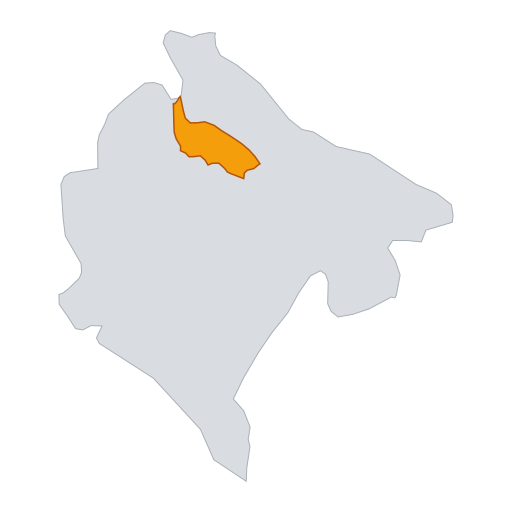 Žabljak on a map of Montenegro (Equal Earth projection)
{"feature_id": "MNE-1520", "entity_name": "Žabljak", "entity_type": "Municipality", "adm_level": 1, "iso_a3": "MNE", "parent_name": "Montenegro", "parent_adm1": "", "projection": "equal_earth", "projection_center": [19.145, 43.143], "detail": "fine", "context": "in_parent", "style": "filled", "palette": "amber", "viewbox_px": 512, "rotation_deg": 0, "n_neighbors": 0, "source": "natural_earth", "source_scale": "10m", "svg_char_len": 1755}
<svg xmlns="http://www.w3.org/2000/svg" viewBox="0 0 512 512"><path d="M215.4,33.1L214.8,36.4L215.8,46.0L220.4,55.4L236.7,65.0L260.6,84.1L288.8,119.0L301.8,129.4L313.4,132.0L336.1,146.5L351.9,150.1L369.7,154.1L415.9,184.4L436.6,193.3L451.4,204.8L453.1,215.5L452.4,222.2L425.9,230.1L421.3,241.9L408.4,240.6L392.7,240.5L387.7,248.0L395.2,260.5L400.1,275.1L396.3,295.2L395.0,297.8L391.2,297.1L369.3,308.8L352.9,314.3L338.1,317.0L331.1,311.4L327.7,303.8L328.2,281.7L325.5,274.3L320.5,270.7L310.4,275.9L298.7,292.9L287.8,312.7L271.4,333.4L257.9,353.3L243.3,378.3L233.3,399.0L243.7,410.8L250.1,427.1L248.2,439.3L250.0,446.4L246.8,467.8L246.2,481.3L213.8,459.7L200.5,429.4L153.4,378.2L99.4,343.5L96.5,338.0L99.5,331.3L102.1,326.0L90.9,325.6L83.0,329.9L75.6,328.7L67.2,315.7L59.2,304.4L58.9,294.5L62.6,293.2L68.0,289.2L79.3,278.2L81.6,272.4L81.1,263.6L65.3,235.9L63.1,217.9L60.9,184.5L64.3,176.5L70.1,172.7L97.9,168.5L97.6,142.5L99.3,134.7L104.9,123.9L108.5,114.1L123.9,99.9L144.9,83.1L154.0,82.6L162.0,85.0L171.1,99.4L180.9,97.6L183.0,80.2L170.1,57.4L163.2,42.9L165.4,34.9L170.2,30.7L181.3,33.3L191.9,37.3L198.6,34.6L209.2,32.6L215.4,33.1Z" fill="#d9dde1" stroke="#a8b0b8" stroke-width="1"/><path d="M173.9,104.3L176.0,102.5L177.7,100.3L179.0,97.9L180.1,96.5L180.8,98.8L183.4,111.1L185.3,118.1L190.2,122.9L197.3,122.8L204.7,121.8L214.0,125.3L221.5,130.6L231.3,136.7L241.5,143.6L249.0,149.9L255.1,156.7L260.0,163.9L258.5,164.7L253.8,168.6L247.3,170.2L244.4,172.9L243.7,178.6L231.1,173.8L227.4,172.0L224.7,168.5L218.9,163.2L212.5,163.2L208.0,165.0L205.2,160.2L200.3,155.8L193.4,156.7L189.0,156.7L185.7,153.1L180.5,150.7L180.6,146.2L176.2,138.9L174.2,132.2L173.9,124.1L173.5,108.5L173.3,103.1L173.9,104.3Z" fill="#f59e0b" stroke="#b45309" stroke-width="1.5"/></svg>